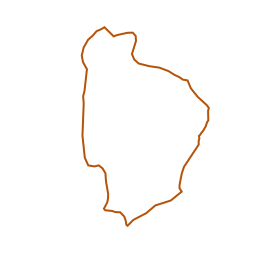 the border of Tadla - Azilal, rotated 119°
{"feature_id": "MAR-1453", "entity_name": "Tadla - Azilal", "entity_type": "Region", "adm_level": 1, "iso_a3": "MAR", "parent_name": "Morocco", "parent_adm1": "", "projection": "orthographic", "projection_center": [-6.449, 32.083], "detail": "fine", "context": "isolated", "style": "outline", "palette": "amber", "viewbox_px": 256, "rotation_deg": 119, "n_neighbors": 0, "source": "natural_earth", "source_scale": "10m", "svg_char_len": 974}
<svg xmlns="http://www.w3.org/2000/svg" viewBox="0 0 256 256"><g transform="rotate(119 128 128)"><path d="M157.7,50.2L170.8,55.5L182.4,66.5L193.7,70.8L205.8,78.8L213.7,81.0L213.4,82.5L210.0,85.2L207.2,88.5L205.5,94.0L207.6,98.1L208.3,101.8L211.0,108.0L210.3,109.9L202.9,110.1L199.2,111.4L195.4,113.3L185.3,121.4L178.5,125.8L175.7,130.6L174.9,135.5L177.8,138.6L180.0,144.6L174.9,151.4L156.8,164.1L127.9,178.7L121.9,182.7L117.2,183.8L96.5,192.4L92.2,199.3L87.0,203.6L79.0,205.8L70.2,205.7L64.3,203.6L58.5,202.4L55.2,199.8L51.3,197.4L54.8,184.9L52.1,182.7L44.9,174.5L42.3,170.0L43.8,165.9L48.0,163.2L61.4,160.4L65.1,155.7L66.4,149.9L63.6,139.3L60.0,129.8L58.6,120.1L59.0,113.0L58.6,107.7L59.1,103.5L57.5,99.0L62.8,92.3L67.0,82.0L69.8,70.2L71.3,67.0L74.3,66.2L82.5,61.4L84.2,61.7L89.1,60.8L94.7,61.0L96.7,61.5L98.9,61.6L100.6,62.1L102.5,60.5L105.3,59.8L108.3,58.1L134.7,60.2L141.8,58.9L153.1,55.2L155.7,53.7L157.7,50.2Z" fill="none" stroke="#b45309" stroke-width="2"/></g></svg>